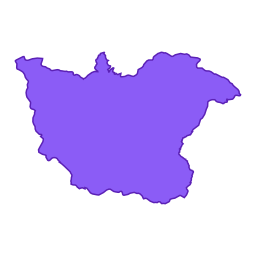 Desesti, Maramures, Romania
{"feature_id": "2599482B12376527067201", "entity_name": "Desesti", "entity_type": "district", "adm_level": 2, "iso_a3": "ROU", "parent_name": "Romania", "parent_adm1": "Maramures", "projection": "robinson", "projection_center": [23.796, 47.753], "detail": "fine", "context": "isolated", "style": "filled", "palette": "violet", "viewbox_px": 256, "rotation_deg": 0, "n_neighbors": 0, "source": "geoboundaries", "source_scale": "gbopen_adm2", "svg_char_len": 5626}
<svg xmlns="http://www.w3.org/2000/svg" viewBox="0 0 256 256"><path d="M184.3,197.6L186.5,194.9L187.3,193.1L188.0,191.2L187.8,190.4L186.7,189.1L186.4,187.7L188.4,185.8L189.8,184.9L190.5,183.9L190.9,182.8L190.3,182.8L190.2,182.6L190.4,182.5L190.5,181.8L190.8,181.5L191.3,180.2L191.4,179.7L191.2,178.6L191.5,178.2L191.5,177.8L192.0,176.9L192.2,176.3L192.2,175.9L191.9,175.4L192.6,174.2L192.6,173.5L193.1,172.8L193.4,172.0L193.2,171.2L192.3,171.0L191.9,170.3L190.7,170.1L189.8,169.5L189.4,168.2L188.9,167.3L188.9,166.8L189.2,166.0L188.7,164.9L188.3,164.3L188.2,163.5L187.8,163.1L187.4,162.1L187.4,161.5L187.0,161.0L187.1,160.9L186.1,160.3L186.0,160.1L185.6,159.6L185.6,159.3L185.0,159.3L183.0,157.7L182.8,157.7L182.7,157.5L182.2,157.1L181.5,156.8L181.0,156.5L179.5,154.7L179.1,154.6L179.0,154.4L179.0,154.0L178.9,153.8L178.8,153.0L178.9,152.7L179.2,152.5L179.3,152.2L179.7,152.0L179.5,151.3L179.7,151.1L179.8,150.4L179.6,150.0L180.4,149.3L180.2,149.0L180.4,148.8L180.4,148.7L179.9,148.6L180.2,148.3L180.4,148.0L180.8,147.9L180.8,147.3L181.1,147.0L181.2,146.6L181.6,146.2L181.7,145.6L182.0,145.0L182.4,144.5L183.1,143.8L181.8,142.4L181.9,141.9L181.5,141.6L181.9,141.1L181.8,140.3L182.3,140.1L182.3,139.6L182.7,138.8L182.7,138.3L182.9,137.9L183.9,137.8L184.4,137.3L185.1,137.0L185.6,137.0L186.0,136.6L186.5,136.3L187.2,135.6L189.0,135.2L189.4,134.8L189.8,134.9L190.4,134.8L190.7,134.2L191.1,133.9L191.3,133.3L192.5,131.7L191.9,131.5L193.2,129.4L198.7,125.2L200.5,119.4L202.4,118.0L204.7,114.2L206.3,109.2L207.6,106.3L207.8,102.4L208.1,101.5L209.9,100.4L212.0,99.7L214.8,99.7L216.3,101.4L217.6,102.0L219.9,102.4L221.7,103.0L222.7,103.6L223.8,103.5L224.5,102.5L227.0,102.1L227.4,100.9L226.6,100.1L227.0,99.2L228.5,99.7L232.3,99.2L233.1,98.7L234.3,97.1L234.6,96.2L235.5,95.4L236.9,95.3L239.2,95.8L240.3,95.5L240.6,94.7L239.3,93.5L239.0,91.2L237.9,89.5L234.2,86.4L232.8,84.9L232.2,83.8L230.0,82.7L228.0,79.8L226.7,79.0L223.6,77.3L222.1,77.3L215.7,74.0L214.5,74.2L211.1,71.8L209.1,71.0L206.2,70.9L204.8,70.4L202.1,68.1L197.7,68.1L196.7,67.2L196.5,64.4L197.6,62.7L199.7,60.8L200.2,59.8L200.0,59.0L197.6,57.9L190.7,57.1L188.8,54.9L186.8,53.9L184.5,54.3L180.6,53.5L175.3,54.8L172.9,56.3L171.7,56.4L167.0,53.5L165.3,52.8L163.8,53.0L163.0,52.5L161.2,52.3L159.0,53.2L158.1,53.4L154.1,56.4L153.4,57.3L153.1,59.1L152.3,60.0L148.7,60.0L146.9,60.9L143.9,64.4L143.2,66.2L141.9,67.6L138.2,69.6L137.4,73.6L136.3,74.8L134.0,76.2L133.1,76.4L131.4,76.0L130.2,75.5L128.2,75.1L127.0,75.4L125.1,76.4L121.8,76.8L120.8,76.7L120.6,76.5L120.5,75.5L120.9,73.4L119.1,74.0L117.9,74.6L117.2,74.3L116.2,73.5L115.4,74.2L114.8,74.2L114.4,74.0L114.2,73.3L114.6,72.7L112.9,71.9L112.7,71.5L112.8,70.8L113.0,69.8L113.8,68.1L113.5,67.9L112.9,67.9L111.5,68.9L111.4,69.2L110.3,69.6L109.8,70.5L109.6,71.3L109.0,72.0L108.7,72.0L108.6,71.7L108.7,70.9L107.7,69.6L108.6,68.7L109.6,68.2L110.4,66.8L110.5,66.3L110.5,66.0L110.2,65.8L108.7,65.5L107.9,64.7L107.2,63.4L107.0,62.8L107.5,61.0L108.3,60.5L108.0,60.3L107.3,60.3L106.3,59.3L106.1,58.7L105.6,57.9L105.6,57.2L105.4,56.4L105.5,55.6L104.4,54.2L103.9,53.9L103.9,53.2L104.4,52.6L104.3,52.4L103.9,52.4L100.4,53.5L100.3,54.3L100.0,54.9L98.9,55.1L98.4,55.8L98.4,56.4L97.6,57.7L97.5,58.7L96.3,59.4L95.9,60.0L95.8,60.8L96.2,61.6L96.3,62.3L96.7,62.7L97.0,63.8L96.9,64.1L96.2,64.8L95.9,65.8L95.0,66.9L94.8,67.3L94.8,68.1L95.0,68.6L95.4,69.0L95.8,69.7L96.2,69.9L96.5,70.4L96.9,70.7L97.5,70.9L97.7,71.2L97.8,71.7L94.5,71.5L91.9,72.5L87.8,75.4L86.4,77.0L85.3,78.0L84.5,78.4L83.4,78.6L83.3,79.0L81.7,77.7L80.9,77.4L80.1,76.7L79.5,75.8L77.8,74.8L77.1,74.6L76.3,74.5L75.6,74.7L74.8,75.2L74.5,75.2L73.7,74.9L73.6,74.5L73.2,74.2L73.1,73.8L73.4,73.5L73.3,73.1L72.9,72.4L72.5,72.0L71.7,71.8L70.4,71.8L68.3,71.9L66.4,71.2L65.2,71.4L63.7,71.2L62.7,71.0L60.1,70.7L59.9,70.6L59.6,70.2L57.9,69.7L56.6,69.8L52.2,70.6L51.3,70.4L50.8,70.1L50.4,69.9L50.1,69.3L49.2,68.7L47.3,68.1L45.5,66.8L42.6,66.3L41.5,65.4L41.0,64.0L42.4,59.9L42.6,58.5L37.3,58.1L32.3,58.8L28.0,60.3L26.3,60.2L25.2,59.7L24.0,56.6L23.1,56.6L16.3,60.0L15.4,60.7L15.4,61.3L16.9,63.8L16.7,67.9L17.2,69.0L19.2,69.8L21.8,71.3L23.0,72.2L24.5,74.4L25.4,77.4L26.8,79.5L27.8,80.4L28.3,81.3L28.3,82.1L27.3,84.7L27.8,87.8L26.6,90.0L26.3,91.6L26.1,92.7L26.5,95.5L27.0,97.2L30.4,101.9L30.6,102.9L30.1,106.7L30.7,108.2L31.6,108.9L33.8,109.5L35.3,110.7L34.6,112.4L34.6,114.1L33.0,117.9L32.9,121.8L33.6,123.9L35.1,126.6L35.2,129.0L36.0,131.1L39.3,134.3L41.4,134.5L41.8,135.1L41.4,135.9L40.6,136.4L41.0,136.9L43.2,138.6L43.3,139.7L42.9,141.7L39.7,147.4L38.5,149.8L38.9,152.3L42.5,154.3L44.9,154.9L46.0,155.4L46.0,157.2L47.7,160.2L48.4,160.6L49.7,160.4L51.8,158.3L53.0,157.7L54.9,157.6L56.0,157.9L57.2,158.6L58.2,160.2L60.1,162.1L59.6,162.3L61.7,163.8L64.4,166.2L70.2,171.8L70.5,172.7L71.7,174.6L71.9,175.3L71.9,175.8L71.3,178.1L71.4,179.0L71.0,180.3L70.9,181.3L71.3,183.0L71.0,184.0L71.3,184.3L73.1,184.9L75.1,185.0L75.9,185.3L77.2,186.7L77.4,187.3L78.5,187.8L78.7,188.2L79.4,188.7L81.3,187.9L81.8,188.0L82.7,187.8L83.9,188.5L85.0,188.9L85.0,187.6L87.0,188.3L90.5,192.9L92.4,193.9L96.9,194.8L98.8,195.0L103.5,192.5L106.6,190.0L109.0,189.1L110.5,189.3L113.6,191.4L115.6,191.9L118.2,192.3L119.1,192.2L120.0,191.5L121.2,191.3L122.2,192.2L122.7,194.4L123.3,195.1L124.1,195.2L128.0,194.4L130.2,193.2L134.2,192.4L136.8,193.4L138.7,193.3L140.3,194.1L142.2,196.0L143.2,198.2L143.6,198.8L145.5,198.3L146.9,198.6L150.3,201.2L153.8,202.6L155.6,202.4L157.2,202.6L158.6,201.7L159.1,201.7L160.0,201.9L160.5,202.3L161.5,203.5L162.7,203.5L164.0,203.4L165.1,203.7L168.9,201.8L169.5,201.1L170.1,199.4L171.8,198.7L174.9,198.1L179.9,195.4L180.8,195.6L184.3,197.6Z" fill="#8b5cf6" stroke="#5b21b6" stroke-width="1.5"/></svg>